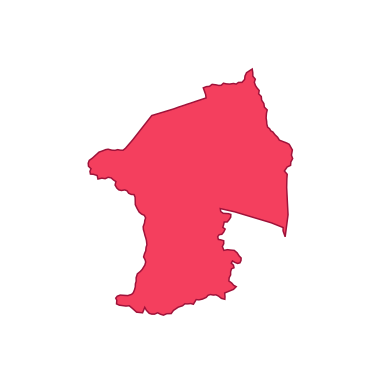 Nossa Senhora das Dores, Sergipe, Brazil (Albers equal-area conic projection), rotated 216°
{"feature_id": "56859067B89950771275901", "entity_name": "Nossa Senhora das Dores", "entity_type": "district", "adm_level": 2, "iso_a3": "BRA", "parent_name": "Brazil", "parent_adm1": "Sergipe", "projection": "albers", "projection_center": [-37.249, -10.461], "detail": "fine", "context": "isolated", "style": "filled", "palette": "rose", "viewbox_px": 384, "rotation_deg": 216, "n_neighbors": 0, "source": "geoboundaries", "source_scale": "gbopen_adm2", "svg_char_len": 2937}
<svg xmlns="http://www.w3.org/2000/svg" viewBox="0 0 384 384"><g transform="rotate(216 192 192)"><path d="M286.7,148.7L284.7,146.8L282.1,148.4L278.4,149.6L275.7,147.2L273.1,150.2L270.1,151.7L268.5,154.6L265.7,155.9L262.6,155.6L259.7,155.7L258.3,152.4L255.1,151.0L252.5,150.7L250.0,151.7L247.7,154.1L245.4,154.8L242.5,153.8L239.8,154.3L237.4,155.8L234.9,154.3L232.9,151.7L230.4,148.4L226.7,146.4L222.9,144.7L219.9,144.5L216.9,145.1L214.3,143.8L213.5,141.3L212.2,139.0L211.1,135.2L209.2,133.0L206.6,131.0L204.9,129.5L202.2,127.5L200.3,125.9L197.4,122.7L196.7,120.4L194.8,117.1L194.2,114.3L193.0,111.0L190.1,109.6L188.3,108.1L187.2,105.2L186.8,100.0L187.1,97.4L188.1,93.7L186.8,89.8L184.7,87.0L183.8,84.4L182.1,81.9L181.0,79.0L180.3,76.0L180.7,73.7L183.0,70.5L187.1,67.9L189.5,66.4L191.2,63.8L191.3,61.3L189.2,60.2L187.3,57.1L184.3,57.7L182.1,58.9L178.4,60.9L175.9,63.1L171.7,62.8L166.2,62.2L161.0,65.2L162.4,70.9L159.4,69.5L155.3,68.7L152.9,69.5L150.5,71.2L148.8,74.1L145.6,74.6L142.7,75.6L140.9,78.7L137.4,81.4L137.4,85.3L136.3,88.3L135.4,90.8L132.8,94.4L132.1,97.3L129.8,98.9L127.5,101.0L124.9,102.0L125.1,104.5L125.4,107.4L123.0,108.8L120.6,111.5L118.6,115.0L118.3,117.9L116.8,119.9L114.1,121.2L112.2,122.9L109.3,123.4L105.7,123.2L102.4,124.5L103.7,126.6L106.2,129.5L103.8,133.4L101.2,137.6L100.6,141.4L103.4,141.0L106.4,141.7L109.9,141.7L111.6,144.6L112.0,147.6L113.9,150.2L114.9,153.1L113.5,155.4L115.5,157.2L118.4,157.5L118.7,160.0L115.7,160.3L113.1,161.0L111.6,162.9L112.1,165.4L113.5,167.5L116.4,168.0L119.7,169.3L123.5,169.6L126.5,167.8L129.4,166.2L131.9,163.5L135.4,165.7L135.9,168.8L137.7,171.2L140.6,170.2L142.8,169.1L145.0,171.0L144.9,173.5L143.0,175.3L142.8,178.0L143.4,181.5L146.3,181.5L147.1,183.9L148.3,186.6L145.9,188.5L145.7,191.5L145.9,194.4L147.4,196.7L149.8,195.9L151.9,194.6L154.2,193.1L157.3,193.1L159.4,195.2L145.7,201.1L136.8,204.2L118.6,210.6L109.7,213.7L97.4,216.8L95.5,214.1L90.3,210.5L100.9,230.0L109.7,240.9L118.0,251.2L123.0,258.4L125.4,262.3L129.6,263.3L129.7,268.2L127.9,271.5L129.7,274.4L130.2,278.2L133.2,280.2L135.5,285.0L139.2,286.7L141.4,287.7L143.8,287.4L151.8,285.3L154.9,286.6L158.6,287.1L161.9,288.1L164.2,287.8L166.5,288.8L168.9,288.9L171.5,291.0L173.1,293.0L175.5,295.4L176.9,297.6L178.1,299.6L179.4,302.6L183.3,303.2L185.9,305.8L189.6,307.2L192.1,310.0L195.8,310.6L197.3,313.6L200.9,314.5L203.2,315.4L206.1,317.4L207.1,320.5L210.8,321.4L213.0,324.3L215.6,326.9L218.0,320.6L217.3,317.0L215.6,314.0L216.0,310.1L218.8,308.0L219.7,305.3L222.2,304.2L225.0,301.4L227.9,299.6L230.5,298.5L231.1,295.5L233.0,293.9L235.6,292.8L239.0,290.9L240.0,287.7L242.3,285.7L244.1,282.9L238.3,278.9L235.9,276.4L252.5,253.2L255.7,248.4L269.5,230.2L270.6,199.5L271.5,188.4L272.3,185.3L274.4,183.8L277.0,182.6L278.7,180.5L281.3,178.8L285.0,177.3L286.7,175.6L288.6,172.6L290.7,169.6L292.5,160.9L293.7,157.2L292.9,154.3L290.9,152.0L287.4,151.5L286.7,148.7Z" fill="#f43f5e" stroke="#9f1239" stroke-width="1.5"/></g></svg>